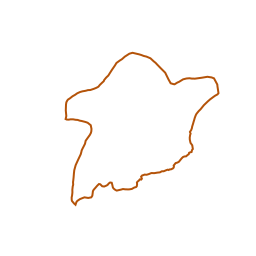 Irele, Ondo, Nigeria (Robinson projection), rotated 39°
{"feature_id": "59680162B53064832422435", "entity_name": "Irele", "entity_type": "district", "adm_level": 2, "iso_a3": "NGA", "parent_name": "Nigeria", "parent_adm1": "Ondo", "projection": "robinson", "projection_center": [5.017, 6.506], "detail": "fine", "context": "isolated", "style": "outline", "palette": "amber", "viewbox_px": 256, "rotation_deg": 39, "n_neighbors": 0, "source": "geoboundaries", "source_scale": "gbopen_adm2", "svg_char_len": 2906}
<svg xmlns="http://www.w3.org/2000/svg" viewBox="0 0 256 256"><g transform="rotate(39 128 128)"><path d="M77.8,157.5L79.9,155.8L82.1,154.6L83.8,153.4L86.0,152.6L87.4,151.8L90.9,150.2L91.4,150.0L92.2,149.7L93.4,149.3L94.8,149.3L97.3,149.3L100.2,151.7L101.6,153.7L102.3,155.3L102.4,155.9L102.7,157.3L102.9,160.9L103.1,164.0L103.1,164.5L104.3,166.9L104.5,167.3L105.2,170.5L105.5,172.0L106.0,174.2L106.3,175.0L106.7,175.7L107.8,178.2L109.1,183.6L110.7,189.8L112.8,194.6L114.6,197.4L115.7,199.0L116.8,200.6L118.6,203.4L119.3,204.6L121.1,206.6L121.8,208.2L123.6,211.0L125.3,213.0L125.7,213.6L126.1,214.2L127.1,215.8L127.9,217.4L128.9,218.6L129.6,219.4L130.5,220.0L133.6,220.6L135.5,220.7L134.5,218.0L134.5,216.5L135.4,213.5L137.1,210.5L137.8,209.3L141.1,207.4L143.1,205.0L142.9,203.1L141.7,201.1L140.5,199.2L140.2,197.7L140.3,195.3L140.4,192.2L140.5,191.2L140.7,189.8L141.9,189.2L144.6,189.5L146.3,188.5L147.6,186.1L148.0,184.7L147.9,183.5L148.3,181.8L148.4,181.6L149.8,180.8L151.5,182.0L153.5,183.6L154.5,184.0L154.9,184.1L156.8,184.1L158.5,183.8L158.9,183.4L159.9,182.1L161.4,180.2L162.5,178.6L164.6,177.3L167.4,175.1L169.3,173.0L170.4,170.2L171.4,168.9L171.5,167.9L171.0,166.9L170.5,166.0L169.2,164.7L169.2,163.5L169.5,162.2L169.5,160.5L170.7,159.8L170.7,158.7L169.7,158.1L168.8,157.5L168.9,155.9L169.7,154.8L170.1,153.9L171.9,152.6L173.2,150.7L174.5,148.3L176.8,146.6L178.9,144.2L180.7,142.4L181.5,140.4L183.0,139.1L184.5,136.3L185.2,135.3L186.0,135.1L186.5,133.9L187.4,133.1L188.3,131.3L188.4,130.0L187.8,128.9L187.5,128.7L187.1,128.4L187.1,126.6L187.1,125.3L188.2,123.7L188.8,122.2L188.8,117.8L189.0,116.0L189.7,114.7L191.0,113.4L191.3,111.4L191.7,110.2L191.1,108.8L191.7,107.7L192.5,106.7L191.8,105.2L191.6,104.7L191.6,103.5L188.8,101.0L185.9,100.2L183.4,98.2L182.7,97.4L182.0,96.6L180.6,94.2L180.2,93.0L178.6,92.1L178.4,89.8L177.7,87.8L177.0,86.6L175.9,83.8L175.2,82.2L174.4,80.2L173.5,78.1L173.4,77.8L172.6,75.4L172.3,73.8L172.3,70.5L172.6,67.7L172.6,66.1L172.6,64.9L172.6,62.5L172.9,60.1L173.3,56.9L173.9,53.5L174.0,53.3L174.7,50.5L175.4,48.0L176.4,45.6L176.4,44.0L172.5,40.4L171.6,39.6L170.0,38.0L163.6,35.3L161.1,36.1L159.6,37.0L157.5,38.2L156.8,39.0L153.8,42.4L149.1,47.4L146.6,49.4L144.5,50.6L142.3,52.7L140.2,55.5L138.5,60.3L137.8,61.5L136.7,64.7L135.7,65.3L133.0,66.4L132.3,66.1L129.0,64.8L122.1,61.6L115.4,60.9L110.5,60.3L108.4,60.0L105.9,60.0L101.6,59.7L97.4,60.9L94.9,62.1L92.4,62.9L90.2,63.8L84.2,66.7L82.3,69.4L80.6,74.6L80.0,78.3L79.2,80.6L78.1,84.7L78.5,87.6L78.9,92.8L79.3,96.4L79.7,99.6L79.4,101.8L79.3,102.8L79.3,105.7L79.7,106.9L79.4,108.9L79.0,112.1L79.0,114.5L78.8,115.1L78.0,116.9L76.9,118.9L74.8,122.2L73.0,123.8L72.4,124.7L71.6,125.8L69.5,128.2L68.1,130.2L66.7,133.0L66.0,135.5L64.9,138.3L64.2,141.5L63.5,143.6L63.5,144.8L63.9,146.8L65.0,148.7L67.1,151.5L68.6,153.5L72.5,157.5L73.9,160.3L75.3,159.9L76.8,158.7L77.8,157.5Z" fill="none" stroke="#b45309" stroke-width="2"/></g></svg>